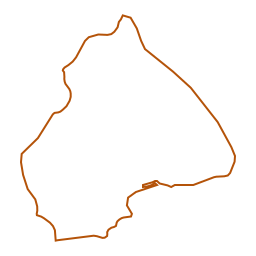 outline of Los Santos
{"feature_id": "PAN-1339", "entity_name": "Los Santos", "entity_type": "Province", "adm_level": 1, "iso_a3": "PAN", "parent_name": "Panama", "parent_adm1": "", "projection": "mercator", "projection_center": [-80.421, 7.617], "detail": "fine", "context": "isolated", "style": "outline", "palette": "amber", "viewbox_px": 256, "rotation_deg": 0, "n_neighbors": 0, "source": "natural_earth", "source_scale": "10m", "svg_char_len": 1263}
<svg xmlns="http://www.w3.org/2000/svg" viewBox="0 0 256 256"><path d="M122.8,15.4L130.6,17.7L136.8,28.4L141.1,40.8L145.0,49.1L173.0,71.6L190.8,87.8L217.7,122.1L231.4,147.2L235.0,156.0L234.6,161.7L230.1,173.0L227.8,175.5L224.2,176.3L216.4,176.7L214.0,177.2L193.3,185.0L174.8,185.0L171.2,187.0L167.6,185.4L159.7,183.5L157.0,181.0L155.0,181.0L152.4,182.3L143.0,185.0L143.0,187.0L146.7,186.6L149.8,185.8L152.4,184.7L155.0,183.2L157.0,185.0L135.9,192.0L128.1,197.6L126.9,205.4L131.9,213.8L131.0,216.5L123.7,217.5L121.7,218.1L119.4,219.5L117.5,221.2L116.7,222.6L116.0,225.9L114.0,227.0L111.4,227.7L108.5,229.7L107.2,232.1L107.3,234.2L107.1,236.0L104.7,237.7L102.5,237.9L96.9,236.2L93.7,235.7L57.8,240.2L55.7,240.6L54.9,230.2L53.0,226.1L50.0,222.7L43.9,218.2L41.2,216.6L36.9,215.2L36.7,213.8L37.3,210.7L37.2,206.4L35.3,199.4L27.7,189.1L23.1,174.9L21.0,162.2L21.7,153.9L37.9,138.1L52.8,114.4L54.5,112.9L58.3,112.4L60.4,111.6L62.8,109.7L66.5,106.2L69.6,100.8L70.7,96.9L70.7,93.5L70.3,91.3L69.3,89.0L65.5,83.9L64.7,81.7L64.3,79.0L64.4,76.9L64.1,72.2L62.8,70.5L63.1,69.3L64.6,67.5L68.4,65.1L72.7,61.6L76.1,57.3L85.0,40.9L88.8,37.2L98.3,34.5L107.5,34.9L111.3,34.1L114.3,31.8L117.6,27.3L118.9,21.9L120.9,19.4L122.8,15.4Z" fill="none" stroke="#b45309" stroke-width="2"/></svg>